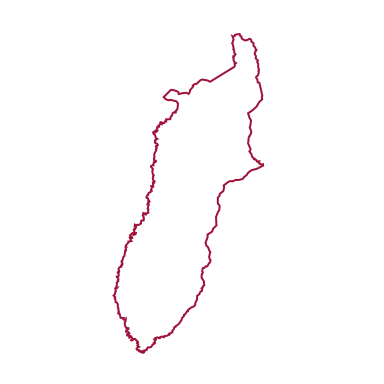 Campo Grande, Mato Grosso do Sul, Brazil (Albers equal-area conic projection), rotated 59°
{"feature_id": "56859067B56402233795281", "entity_name": "Campo Grande", "entity_type": "district", "adm_level": 2, "iso_a3": "BRA", "parent_name": "Brazil", "parent_adm1": "Mato Grosso do Sul", "projection": "albers", "projection_center": [-54.243, -20.876], "detail": "fine", "context": "isolated", "style": "outline", "palette": "rose", "viewbox_px": 384, "rotation_deg": 59, "n_neighbors": 0, "source": "geoboundaries", "source_scale": "gbopen_adm2", "svg_char_len": 6066}
<svg xmlns="http://www.w3.org/2000/svg" viewBox="0 0 384 384"><g transform="rotate(59 192 192)"><path d="M275.9,317.5L276.3,318.8L277.3,319.6L277.2,320.2L277.8,320.5L278.5,318.9L281.1,318.5L281.5,319.6L280.5,320.5L280.9,321.3L281.6,321.4L281.8,320.7L283.2,320.3L284.7,320.7L284.7,319.8L283.6,319.3L284.0,318.7L287.8,318.3L288.5,316.6L291.9,315.7L293.1,315.6L293.3,316.1L292.7,316.4L293.3,317.0L294.9,316.7L295.6,318.0L297.4,317.1L297.5,319.5L297.7,320.2L298.4,320.4L300.1,319.7L300.2,319.0L301.4,319.3L301.9,318.9L301.7,318.4L302.4,318.3L302.5,317.3L303.4,317.8L304.5,317.0L304.7,315.8L303.6,315.7L303.2,315.0L303.9,314.3L303.5,313.3L304.1,312.3L303.0,311.2L302.5,309.6L303.3,308.6L303.8,306.6L302.6,304.5L302.5,303.1L301.9,302.7L302.6,302.3L302.4,301.6L300.6,300.5L298.7,300.2L298.5,299.6L298.4,299.0L299.2,298.7L298.4,298.3L298.9,296.3L300.1,295.9L300.7,294.5L300.0,294.1L300.4,292.2L302.0,291.0L301.2,289.8L302.0,288.9L302.7,284.9L302.4,284.4L301.9,284.8L301.6,284.2L302.1,283.5L302.1,281.0L300.9,280.4L300.0,277.9L298.8,276.9L299.1,275.4L298.5,274.9L298.6,272.8L297.8,269.8L297.0,268.7L296.9,267.7L294.8,265.2L294.1,262.7L293.1,262.1L293.2,260.8L291.7,257.6L292.1,256.9L291.1,256.2L290.6,251.8L291.1,249.4L290.6,247.6L288.9,246.4L286.7,243.0L283.7,241.1L283.4,238.5L281.7,235.9L281.9,234.4L280.2,233.0L279.5,233.3L279.2,231.9L278.3,230.9L278.3,229.6L274.6,227.8L270.3,227.9L267.4,225.9L267.4,225.2L266.4,224.1L265.1,224.0L263.2,222.4L262.8,221.9L263.4,220.5L262.7,218.8L263.5,217.7L263.1,216.2L261.8,214.2L261.6,212.8L260.8,211.9L259.9,211.2L258.6,211.4L256.4,210.7L252.6,207.1L251.9,207.4L247.5,206.7L245.4,207.3L242.4,206.5L238.7,201.8L236.5,200.7L236.3,195.2L234.2,192.5L233.3,188.3L225.8,184.3L222.4,179.8L221.6,178.0L218.8,175.9L217.7,175.3L215.2,175.8L210.3,172.9L209.2,170.1L207.9,169.2L207.3,164.6L204.5,162.0L202.7,161.5L202.0,154.8L202.7,153.0L203.6,152.2L204.2,148.3L205.9,145.5L206.9,141.6L206.1,139.9L205.5,136.1L204.4,134.0L203.9,129.9L205.5,124.5L206.0,117.4L204.9,116.9L204.9,117.5L202.6,119.5L201.5,119.1L201.1,119.8L200.0,119.9L199.9,119.3L199.1,120.7L198.0,120.4L196.3,121.0L196.2,121.8L195.6,122.0L195.0,121.6L193.2,122.3L190.1,121.6L186.8,121.9L186.5,120.8L185.4,119.7L179.3,118.9L175.1,115.8L174.1,114.8L174.0,114.0L173.3,113.6L172.6,111.7L170.5,109.9L166.3,109.2L164.4,107.1L161.0,104.5L158.2,104.5L153.4,103.4L153.1,97.8L152.1,92.9L149.4,87.8L148.7,84.1L146.6,83.3L145.6,82.1L133.2,78.0L131.9,79.2L129.4,78.1L126.8,78.1L126.3,77.5L125.9,75.2L124.0,73.3L123.0,72.6L122.5,72.8L121.5,71.5L119.3,71.1L116.0,69.2L114.2,69.2L113.3,67.8L110.4,68.6L108.6,67.3L105.5,67.0L104.6,65.4L104.0,65.3L103.5,63.6L102.9,63.9L100.4,63.4L98.3,64.0L96.1,62.6L93.9,63.6L91.8,62.9L90.5,63.5L90.2,64.3L90.3,65.9L89.4,68.5L86.7,70.1L85.4,70.2L84.1,69.5L83.0,70.3L81.2,69.8L80.1,71.9L79.5,74.2L80.2,74.6L80.0,76.7L79.3,77.1L82.7,77.8L85.4,81.1L86.6,81.0L90.6,82.4L90.9,83.1L92.1,82.9L95.1,84.2L96.3,83.8L97.5,86.0L96.9,86.6L97.7,87.4L98.9,87.4L99.8,88.3L101.8,88.8L104.1,88.0L104.1,89.5L105.6,90.0L106.5,91.4L106.8,119.1L106.7,119.9L104.6,121.0L100.9,125.2L100.5,127.1L101.6,132.4L100.9,133.9L101.1,136.5L102.2,136.7L103.8,141.4L105.2,142.4L106.1,144.4L104.3,145.6L103.1,147.4L101.2,152.9L99.4,152.3L98.1,152.9L95.2,155.3L93.6,157.6L96.1,167.4L99.5,166.5L101.6,164.4L101.8,163.1L106.1,158.8L108.9,158.4L112.3,160.9L113.8,162.4L113.9,163.8L115.5,165.0L115.3,165.6L114.5,165.7L114.4,167.8L116.0,169.6L116.8,171.8L118.4,173.1L116.4,176.8L118.1,177.7L117.5,178.3L117.7,179.1L118.6,180.1L118.2,181.3L116.2,182.5L116.1,183.2L118.0,183.3L117.1,184.3L117.6,185.4L118.9,186.4L118.1,187.0L119.0,188.2L118.7,188.7L119.9,189.2L120.7,191.4L121.3,191.6L121.8,190.6L122.1,191.3L121.9,192.1L120.7,192.6L120.7,194.4L122.0,195.0L122.7,194.8L122.6,194.2L123.2,194.1L127.3,195.2L128.5,194.5L128.3,195.6L129.0,196.5L128.7,197.2L130.0,198.1L131.4,198.2L132.4,197.1L134.1,197.0L134.6,198.2L134.1,199.2L134.5,199.6L136.3,199.7L136.6,200.9L137.9,201.2L139.2,203.7L140.8,205.4L142.7,206.1L143.5,207.3L145.4,208.2L146.3,207.0L147.1,206.9L147.5,208.0L147.0,209.7L149.3,211.3L148.7,211.9L148.7,213.8L149.2,214.2L152.3,213.6L153.5,215.2L156.4,216.4L158.0,216.2L158.5,217.4L159.3,217.5L160.3,218.8L162.9,219.2L163.3,218.6L164.0,218.9L164.6,219.5L163.8,220.7L167.4,222.4L166.1,223.9L167.6,224.1L168.9,225.7L170.1,225.9L169.7,226.6L170.8,227.6L170.5,229.6L171.3,230.8L172.0,231.0L172.1,232.6L173.0,233.8L173.7,233.9L174.4,233.1L176.8,233.3L177.0,234.0L177.7,234.1L178.3,233.5L178.8,234.3L178.3,234.8L178.7,235.5L179.7,236.6L180.7,235.7L183.3,238.6L184.5,238.3L185.2,239.2L187.3,240.1L187.2,241.4L186.5,242.6L187.5,243.3L186.5,244.3L185.7,243.9L185.0,244.5L186.7,246.3L188.1,246.2L188.9,246.9L189.6,246.6L191.5,248.2L190.9,248.7L190.5,250.4L192.8,252.0L192.7,254.8L191.9,255.9L191.7,257.4L190.7,257.8L192.0,258.9L192.5,257.7L193.1,257.8L194.5,259.9L194.0,260.6L194.5,261.5L195.8,261.6L197.3,262.5L198.2,261.2L199.1,262.1L198.7,264.2L197.4,264.0L197.4,263.3L196.7,263.6L196.6,265.0L197.3,266.5L197.2,267.5L197.8,267.7L199.8,266.7L200.5,266.9L199.4,268.9L202.9,269.2L201.7,272.0L202.4,272.2L203.8,276.4L205.3,276.5L205.1,277.4L207.7,278.3L208.2,278.9L207.8,279.4L212.0,282.8L212.3,284.2L215.1,287.2L214.9,287.7L215.4,288.3L216.5,288.7L217.3,288.3L218.7,289.4L218.3,290.2L218.7,290.8L219.6,291.1L219.2,293.0L220.2,294.7L222.4,295.2L222.9,295.6L222.5,296.8L223.1,297.3L223.9,296.9L225.6,297.6L226.3,298.6L225.8,300.1L226.5,300.3L227.4,299.6L228.9,300.0L229.7,301.3L230.4,301.1L231.1,303.4L232.8,304.0L234.5,306.0L235.1,306.2L235.5,305.3L235.8,306.2L235.2,307.5L238.0,308.5L238.1,309.2L239.8,310.6L240.4,312.6L242.7,312.0L243.6,313.2L244.6,313.0L247.0,314.2L248.0,313.4L250.1,313.4L252.5,315.0L253.8,314.9L255.0,315.9L256.6,316.1L257.1,316.9L258.2,316.8L258.2,317.6L259.8,317.0L263.1,318.0L264.8,315.6L265.3,316.4L266.2,316.3L266.9,314.8L266.7,314.2L268.5,315.4L268.9,316.6L271.6,318.2L275.1,318.4L275.9,317.5ZM275.9,317.5L275.6,317.0L276.0,316.6L276.6,317.0L275.9,317.5ZM288.2,320.3L288.4,319.6L288.2,318.9L287.5,320.0L287.7,320.5L288.2,320.3Z" fill="none" stroke="#9f1239" stroke-width="2"/></g></svg>